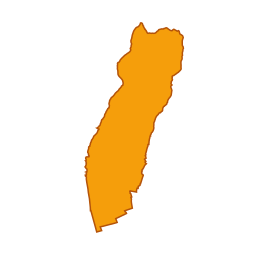 Siculeni, Harghita, Romania (Mercator projection), rotated 109°
{"feature_id": "2599482B95661688593457", "entity_name": "Siculeni", "entity_type": "district", "adm_level": 2, "iso_a3": "ROU", "parent_name": "Romania", "parent_adm1": "Harghita", "projection": "mercator", "projection_center": [25.693, 46.43], "detail": "fine", "context": "isolated", "style": "filled", "palette": "amber", "viewbox_px": 256, "rotation_deg": 109, "n_neighbors": 0, "source": "geoboundaries", "source_scale": "gbopen_adm2", "svg_char_len": 5829}
<svg xmlns="http://www.w3.org/2000/svg" viewBox="0 0 256 256"><g transform="rotate(109 128 128)"><path d="M235.5,124.4L236.5,123.7L233.6,119.5L230.5,122.1L228.8,119.3L225.0,113.6L224.0,112.0L221.3,108.1L220.8,107.5L217.7,110.1L209.3,101.6L208.6,102.2L208.4,102.5L208.1,103.5L207.4,104.2L202.4,97.8L197.8,100.3L195.8,101.2L194.1,101.6L192.6,102.7L192.0,102.0L189.1,104.1L189.1,104.7L187.9,105.2L187.6,105.5L187.2,105.7L186.8,105.5L185.8,99.1L184.8,99.5L183.0,99.8L182.0,99.8L181.8,98.8L179.8,99.3L178.4,98.0L177.9,98.1L177.3,98.3L176.6,97.9L176.2,98.3L175.3,98.0L169.4,98.2L168.0,98.1L167.2,98.7L167.3,99.3L166.4,100.3L164.9,100.8L164.7,100.5L163.6,101.0L162.9,100.7L162.8,101.0L160.7,100.3L158.5,100.1L157.3,99.8L155.8,99.0L155.5,99.8L155.2,100.3L154.7,100.8L153.8,100.2L152.6,101.6L152.1,102.2L151.2,101.6L150.7,101.1L149.5,101.8L148.5,102.7L147.6,102.3L146.8,102.9L146.4,103.0L145.1,103.0L143.5,103.1L142.2,103.3L140.1,103.4L138.9,103.3L137.1,103.7L136.8,102.9L135.6,103.3L135.0,103.4L133.6,103.8L132.8,103.9L131.9,104.1L130.2,104.2L129.4,104.4L128.8,104.4L128.2,104.3L128.1,104.1L127.6,104.5L127.1,104.4L126.3,104.2L125.0,104.3L124.7,104.2L124.2,103.8L123.4,103.6L122.4,103.4L120.7,103.4L120.4,103.4L119.7,103.6L119.2,103.7L118.3,104.2L116.9,104.5L114.6,105.3L113.4,105.1L112.3,105.1L111.9,105.2L111.0,105.1L109.6,105.2L107.8,104.9L106.8,104.6L106.2,104.3L105.7,104.0L104.8,103.7L104.1,103.6L103.2,103.0L103.1,102.4L102.4,102.0L102.1,102.0L101.1,101.4L100.9,101.1L100.3,101.0L98.3,101.5L97.3,101.5L96.0,101.2L95.6,100.7L95.1,100.6L94.3,100.0L92.9,99.2L91.5,99.3L90.7,99.0L89.9,99.3L88.3,99.3L87.5,99.1L86.7,99.0L86.0,98.6L85.5,98.5L84.9,98.2L84.3,98.1L83.3,97.9L82.5,97.9L81.8,98.1L80.5,98.3L79.9,98.5L78.3,98.7L77.2,99.4L75.5,100.8L74.6,101.1L74.4,101.1L73.0,100.4L72.7,101.0L72.1,101.8L70.9,101.9L70.0,102.2L68.6,101.7L67.6,101.8L67.1,102.3L66.3,102.6L65.7,102.6L65.1,103.0L64.6,103.0L63.9,102.5L63.5,101.8L62.8,101.4L60.7,99.8L59.8,99.3L58.8,98.4L58.3,98.3L56.8,97.5L56.0,97.2L55.2,97.0L54.8,97.0L53.7,97.5L53.0,97.7L52.3,98.0L51.5,98.2L49.1,99.2L47.4,99.6L45.4,99.3L44.2,99.6L43.4,100.0L42.7,100.3L41.6,100.1L40.9,100.4L40.4,100.7L39.4,101.0L38.7,101.2L37.5,101.2L36.6,101.4L36.0,101.7L34.8,101.5L33.4,102.2L32.7,103.0L32.1,103.6L31.0,104.0L28.5,104.9L27.1,105.2L24.6,105.2L23.3,106.1L22.8,106.8L22.8,107.3L22.5,108.0L22.1,109.7L19.9,111.1L19.5,111.9L19.9,112.3L20.0,112.7L20.4,113.0L19.7,116.7L19.7,116.8L20.6,117.6L21.3,117.8L21.7,118.1L21.9,119.0L21.9,119.7L21.9,119.9L21.8,120.5L21.6,120.9L21.3,122.3L21.0,122.7L20.8,123.6L20.7,124.0L20.9,124.7L21.9,125.8L22.2,126.4L22.5,126.4L22.9,126.9L23.0,127.4L23.3,128.0L23.3,128.3L23.5,128.7L23.8,129.0L24.1,129.7L24.4,130.0L24.9,130.8L25.3,131.0L26.4,131.3L27.0,131.9L29.0,132.8L29.7,133.6L29.9,134.0L30.2,134.7L30.3,135.5L30.8,136.5L31.2,138.1L31.2,138.7L31.5,139.1L31.6,139.4L31.8,139.6L32.0,140.1L31.9,140.4L31.5,141.2L31.1,141.4L30.6,142.0L30.0,142.6L29.9,142.8L29.6,143.2L29.4,143.6L28.9,144.2L29.0,144.3L28.4,144.8L28.1,145.3L27.6,145.8L27.3,146.2L26.8,146.5L26.6,146.5L26.3,147.2L25.9,147.4L25.7,147.6L24.5,148.5L24.4,148.8L24.3,149.3L24.3,149.8L24.4,150.1L24.8,150.4L26.1,150.3L27.6,150.7L29.0,151.4L30.1,152.7L30.7,153.1L32.5,153.7L34.0,154.1L34.8,154.2L36.2,154.2L36.6,154.2L38.7,154.2L42.1,153.7L44.3,153.7L45.7,153.2L46.4,152.7L46.9,152.2L47.2,152.0L47.5,151.9L48.7,151.9L50.4,151.5L50.7,151.5L51.1,151.7L51.8,151.6L52.2,151.7L53.0,151.0L53.3,150.8L54.0,150.8L54.5,150.9L55.5,151.2L56.0,151.6L56.5,151.9L57.0,152.2L57.5,152.8L58.9,153.6L60.1,154.6L61.1,155.1L61.6,155.4L62.9,156.0L63.7,156.5L64.2,156.6L64.9,157.0L66.3,157.5L67.7,157.6L68.3,157.9L68.8,158.0L69.1,158.2L69.2,158.4L69.4,158.8L69.7,158.9L70.3,159.0L71.4,158.5L72.1,158.3L72.5,158.4L73.8,157.8L75.0,157.5L75.9,157.1L76.7,156.5L77.3,156.2L78.5,155.7L79.1,155.5L79.5,155.3L79.9,155.2L80.7,154.8L81.3,154.2L82.1,153.2L83.2,151.0L84.3,149.1L84.7,148.8L85.2,148.3L86.3,147.7L86.8,147.3L87.2,147.1L88.4,147.0L89.0,146.8L89.3,146.9L89.9,147.4L90.5,147.8L91.2,147.7L91.8,148.0L92.0,148.1L92.9,148.4L94.3,149.1L94.7,149.0L96.5,149.7L97.1,150.2L98.0,150.6L99.0,151.2L100.0,151.5L100.9,151.7L102.5,152.3L103.8,153.0L104.5,153.6L105.2,153.8L105.7,153.8L106.4,153.9L106.6,154.1L107.4,154.2L108.4,154.3L109.5,154.0L110.0,154.1L110.5,153.9L111.3,153.9L112.8,152.9L113.9,152.7L114.9,152.5L115.0,152.8L115.8,153.0L116.2,153.4L117.0,153.4L117.5,153.6L118.5,153.7L119.5,154.0L121.1,154.0L121.9,154.2L122.6,154.4L124.0,154.2L124.8,154.0L127.3,154.8L127.6,154.7L128.4,155.3L128.9,155.5L129.7,155.5L131.0,155.3L132.8,155.5L133.6,155.4L134.8,155.4L135.2,155.6L135.5,156.0L136.1,156.0L136.4,156.1L136.6,156.2L137.0,156.6L138.0,157.1L138.2,157.4L138.5,156.3L138.5,155.1L138.9,155.1L140.3,155.6L141.1,155.6L142.0,155.6L142.7,155.7L143.8,156.1L145.8,157.1L146.9,157.7L148.0,157.7L148.4,157.7L150.7,158.2L151.3,158.5L153.1,158.3L153.5,158.5L155.3,158.5L156.0,158.3L157.2,158.4L157.7,158.2L158.4,158.9L159.1,158.9L160.3,158.5L161.3,158.5L162.3,158.5L163.8,158.3L164.2,158.1L164.5,157.8L164.8,157.3L165.1,157.1L165.6,156.9L166.6,156.4L166.7,156.0L167.0,155.7L167.9,155.6L168.9,157.9L169.0,158.1L169.7,158.1L170.0,158.3L170.2,158.2L170.7,158.0L171.1,157.6L171.6,157.3L172.3,157.1L172.8,157.2L172.9,157.4L173.2,156.9L174.2,156.4L174.6,156.0L174.9,156.1L175.1,155.9L175.4,155.9L176.3,155.6L177.1,155.7L177.5,155.5L178.0,155.7L178.5,156.0L178.8,155.9L179.0,155.7L179.4,154.9L179.8,154.6L179.9,154.3L180.1,153.9L180.3,153.4L182.1,152.7L182.8,152.8L182.9,153.1L183.2,153.4L183.2,153.0L183.4,152.7L183.5,152.6L184.2,152.7L184.6,152.5L184.8,152.6L185.2,152.3L185.6,152.3L185.7,152.1L186.2,152.0L186.4,152.1L186.4,152.5L186.5,153.0L187.2,152.7L187.8,151.4L189.8,150.8L192.6,149.4L198.5,146.1L201.9,144.5L207.3,141.5L215.3,137.8L218.4,136.6L218.2,136.2L233.1,126.0L235.5,124.4Z" fill="#f59e0b" stroke="#b45309" stroke-width="1.5"/></g></svg>